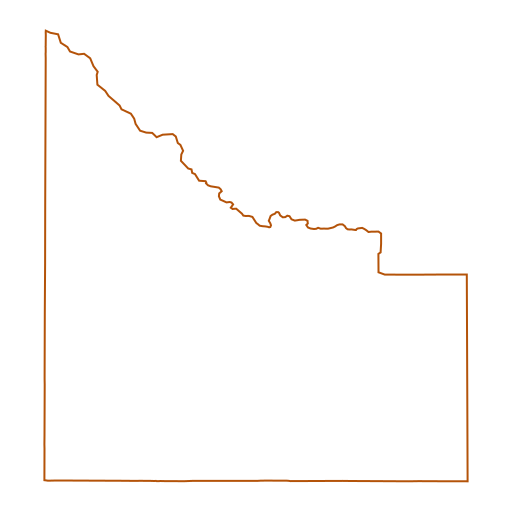 Owyhee, Idaho, United States of America
{"feature_id": "52423323B98957194819537", "entity_name": "Owyhee", "entity_type": "district", "adm_level": 2, "iso_a3": "USA", "parent_name": "United States of America", "parent_adm1": "Idaho", "projection": "natural_earth1", "projection_center": [-116.172, 42.838], "detail": "fine", "context": "isolated", "style": "outline", "palette": "amber", "viewbox_px": 512, "rotation_deg": 0, "n_neighbors": 0, "source": "geoboundaries", "source_scale": "gbopen_adm2", "svg_char_len": 2496}
<svg xmlns="http://www.w3.org/2000/svg" viewBox="0 0 512 512"><path d="M44.4,480.2L46.1,480.4L48.0,480.7L56.5,480.5L129.4,480.8L129.6,480.9L137.9,480.9L138.9,480.8L151.0,480.9L154.2,481.0L156.0,480.9L156.5,481.1L159.4,481.1L160.0,481.0L164.2,481.1L184.4,481.2L192.0,480.9L228.0,480.9L228.6,480.9L254.6,480.9L256.3,480.9L258.8,480.8L260.2,480.7L265.6,480.6L286.8,480.7L288.5,480.8L290.5,481.1L342.5,480.9L350.8,481.0L408.9,481.3L421.6,481.1L422.3,481.2L467.6,481.3L467.3,399.5L466.8,274.5L462.2,274.5L448.4,274.5L429.6,274.6L413.3,274.7L401.9,274.7L392.1,274.6L384.8,274.6L378.5,272.3L378.5,269.7L378.4,253.9L380.6,252.4L381.1,243.8L381.1,233.5L378.5,231.6L376.6,231.6L374.1,231.7L371.1,231.7L368.5,232.0L366.4,230.3L364.4,229.0L362.2,227.9L358.9,228.3L357.7,228.5L356.6,229.1L356.0,230.0L355.3,230.0L353.4,229.7L351.3,229.4L349.6,229.5L347.6,229.3L346.0,228.1L344.9,226.2L342.6,224.4L339.6,224.4L337.2,225.1L334.9,226.6L333.0,227.5L330.9,228.0L327.9,228.7L323.9,228.6L320.7,228.7L318.1,227.8L316.2,228.8L314.0,229.0L310.5,228.5L308.0,227.5L306.3,225.0L307.8,223.5L307.5,220.8L305.1,219.6L302.4,219.7L299.7,219.8L297.4,220.2L294.8,220.6L291.5,219.3L289.5,216.2L287.3,215.7L285.3,217.1L282.8,217.3L280.2,215.4L279.0,212.8L278.1,212.1L276.3,212.1L274.8,213.8L272.4,214.7L270.6,216.0L269.6,218.8L268.8,220.8L270.3,223.3L271.0,225.3L270.3,227.0L269.1,227.3L267.7,226.8L265.2,226.4L262.5,226.2L259.7,225.7L257.8,224.1L256.3,223.0L254.7,220.5L252.4,216.9L248.9,215.9L245.7,216.0L243.3,215.6L242.0,213.7L240.0,212.0L236.2,208.7L234.1,208.8L232.6,209.0L230.8,207.7L231.8,206.3L233.1,204.4L231.5,202.5L229.7,202.0L226.5,202.4L222.8,200.7L220.3,199.6L218.9,196.3L219.2,193.4L220.6,192.2L221.7,191.2L220.6,189.2L218.8,187.6L214.5,186.9L210.7,186.3L208.0,185.3L206.0,183.3L206.3,182.5L205.6,181.2L199.1,180.7L195.0,174.1L192.2,172.9L191.5,169.4L188.2,168.5L180.9,160.8L181.3,154.5L183.1,150.8L180.4,144.9L177.8,143.0L175.8,136.5L172.7,134.1L162.7,134.7L156.6,137.2L154.3,134.9L152.2,132.9L146.2,132.6L140.1,130.7L135.6,123.9L134.2,118.7L130.9,113.7L121.5,109.3L119.6,105.5L108.5,95.9L105.2,90.9L97.4,84.7L96.7,75.0L97.7,71.8L93.5,66.2L90.2,58.3L84.1,53.8L78.5,54.4L70.0,51.5L67.4,47.0L60.8,42.8L58.1,34.3L50.4,32.8L45.8,30.7L45.7,32.1L45.8,35.1L45.7,43.8L45.7,45.6L45.6,46.7L45.7,47.6L45.7,49.4L45.7,51.8L45.7,52.2L45.6,53.3L45.6,54.0L45.7,58.0L45.7,58.3L45.2,205.8L45.1,264.0L44.8,312.9L44.6,378.8L44.7,384.5L44.5,435.6L44.4,444.5L44.5,448.7L44.4,480.2Z" fill="none" stroke="#b45309" stroke-width="2"/></svg>